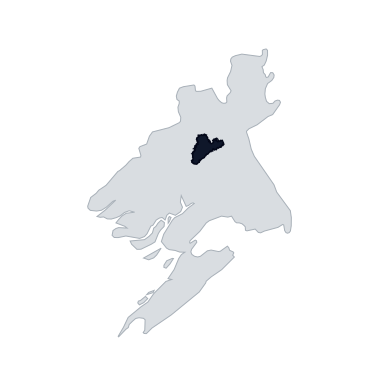 Sirajganj, Rajshahi, Bangladesh (highlighted), rotated 57°
{"feature_id": "16705992B55394931042500", "entity_name": "Sirajganj", "entity_type": "district", "adm_level": 2, "iso_a3": "BGD", "parent_name": "Bangladesh", "parent_adm1": "Rajshahi", "projection": "natural_earth1", "projection_center": [89.578, 24.399], "detail": "fine", "context": "in_parent", "style": "filled", "palette": "ink", "viewbox_px": 384, "rotation_deg": 57, "n_neighbors": 0, "source": "geoboundaries", "source_scale": "gbopen_adm2", "svg_char_len": 8845}
<svg xmlns="http://www.w3.org/2000/svg" viewBox="0 0 384 384"><g transform="rotate(57 192 192)"><path d="M139.7,269.2L139.6,260.4L134.4,243.0L134.6,241.1L133.5,232.8L132.2,228.1L131.5,223.2L134.7,216.1L133.4,214.9L126.4,212.8L125.6,210.9L127.1,203.9L122.0,197.3L120.1,192.4L125.5,176.4L126.9,165.3L126.5,163.2L123.2,160.7L117.3,159.7L113.2,157.6L110.8,154.5L108.8,153.2L106.2,154.2L103.0,152.9L100.3,149.8L98.1,146.0L99.0,141.9L103.3,132.1L104.8,131.8L108.5,133.7L109.9,133.7L112.3,129.8L115.7,118.8L127.5,119.7L130.3,119.4L133.3,118.5L134.9,117.1L135.8,115.3L135.5,113.8L131.9,111.7L130.5,110.2L129.5,105.8L128.4,104.1L121.3,103.9L117.6,101.8L115.6,100.0L112.0,94.0L107.6,89.5L103.3,88.5L101.6,87.0L100.8,84.8L101.3,81.4L103.5,75.1L115.2,61.4L115.5,59.8L115.1,58.1L111.6,55.9L111.4,54.8L112.4,51.9L114.3,51.5L118.4,54.1L122.5,58.4L124.9,62.2L125.0,65.1L128.2,65.7L130.8,67.1L133.6,66.7L135.4,67.4L136.6,67.1L137.0,65.4L134.7,61.1L135.9,59.3L138.6,59.4L140.5,61.0L141.9,64.3L142.2,69.5L145.3,74.2L149.5,77.5L152.7,79.0L156.6,80.1L160.0,79.1L161.7,75.8L160.9,72.9L161.5,70.3L162.8,68.8L164.9,68.9L166.5,71.0L171.0,82.2L170.1,87.1L171.1,100.7L170.0,109.7L170.7,113.1L171.5,113.7L178.4,115.4L188.4,119.0L196.0,120.3L230.6,119.3L238.2,121.0L261.2,119.7L267.5,122.6L274.4,127.2L278.3,130.7L279.0,132.6L278.6,134.3L277.3,135.3L274.9,135.3L269.5,133.0L268.6,133.7L268.5,139.1L264.2,152.5L263.6,156.7L262.0,158.4L257.5,159.2L254.5,167.1L253.2,168.0L250.2,166.3L248.4,166.6L246.0,167.3L243.7,169.1L242.1,171.4L240.3,172.1L233.8,172.0L232.6,175.6L228.3,180.4L225.5,193.1L225.7,196.9L229.3,207.0L231.8,220.1L232.8,221.4L234.0,221.5L234.1,215.5L235.3,214.8L236.8,215.4L239.8,223.5L241.6,225.6L244.3,226.1L247.3,224.9L249.6,222.6L250.5,220.0L249.7,211.2L251.1,207.6L256.3,202.3L257.1,200.6L256.7,191.8L258.7,191.5L261.4,192.2L264.7,190.1L265.8,190.1L267.2,192.3L269.6,191.9L273.3,209.4L273.6,221.8L274.5,228.6L275.8,230.2L279.8,240.4L283.8,276.6L284.3,299.6L285.9,307.4L284.6,309.2L283.3,309.5L282.1,306.8L273.6,300.9L271.5,301.5L268.6,304.9L267.4,308.1L268.0,312.5L268.9,316.8L271.0,319.3L271.1,322.1L273.5,332.4L272.8,332.5L268.1,323.1L262.4,313.8L260.5,297.2L260.3,289.0L256.4,279.4L252.8,262.6L254.3,256.7L251.6,259.3L247.3,249.2L240.6,239.4L238.7,235.0L238.6,230.8L235.7,235.0L231.8,238.0L227.9,242.5L225.2,243.9L216.9,244.7L212.0,238.7L205.0,223.9L204.1,220.6L205.0,211.9L203.3,203.7L202.9,196.4L201.6,197.1L201.1,199.1L201.4,202.1L200.9,204.7L189.2,203.0L194.2,207.3L199.6,208.3L202.3,212.2L202.5,218.6L197.3,222.5L197.8,225.8L200.8,229.8L197.1,230.9L196.1,233.5L196.0,237.2L198.6,242.9L198.2,245.1L202.6,252.6L203.5,256.1L202.4,261.2L192.9,271.4L190.1,278.6L187.8,282.0L184.8,282.6L181.3,279.2L181.2,275.7L181.9,272.9L186.9,266.1L184.2,267.0L176.5,272.6L175.0,268.1L174.0,263.9L174.0,258.8L177.7,251.1L173.5,254.9L172.4,259.7L172.9,265.3L172.3,269.3L170.7,274.5L168.4,277.7L164.8,279.7L163.2,282.8L160.8,285.0L159.9,274.5L157.3,260.4L156.7,263.4L158.1,272.2L158.0,277.9L156.0,282.4L152.0,287.3L148.9,288.0L147.1,287.2L141.4,279.9L140.9,273.0L139.7,269.2ZM210.1,269.4L203.0,271.1L199.4,270.6L206.1,257.8L205.8,252.1L204.8,247.5L201.4,243.7L201.2,241.1L199.6,237.4L198.8,233.2L202.6,231.8L205.7,234.2L206.8,239.1L208.4,242.7L213.7,250.2L213.6,254.8L212.2,266.0L210.1,269.4ZM225.3,265.2L221.0,268.6L222.3,248.5L225.6,256.0L226.4,260.0L225.3,265.2ZM241.8,255.2L239.9,256.6L238.1,255.4L235.9,250.6L237.0,244.6L237.7,243.8L240.4,249.9L241.8,255.2ZM258.0,297.6L255.5,297.9L254.3,296.4L254.9,294.4L254.2,287.9L257.3,287.2L258.5,292.7L258.0,297.6ZM255.2,279.4L253.4,285.9L252.6,283.0L253.9,277.3L255.2,279.4ZM204.4,227.0L205.2,229.0L201.2,226.4L200.2,224.4L201.9,223.4L204.4,227.0Z" fill="#d9dde1" stroke="#a8b0b8" stroke-width="1"/><path d="M151.4,149.4L151.5,149.4L151.4,149.6L151.3,150.0L151.2,150.3L151.1,150.6L150.9,150.7L150.9,150.8L150.7,150.8L150.8,151.1L150.6,151.1L150.7,151.3L150.5,151.6L150.3,151.6L150.3,151.8L150.2,151.8L150.1,152.0L150.1,152.3L149.9,152.3L149.6,152.7L149.6,152.8L149.4,152.9L149.3,153.1L149.2,153.0L149.1,153.4L149.3,153.6L149.2,153.7L149.2,153.8L149.1,154.4L148.9,154.4L148.9,154.7L148.7,154.9L148.4,155.1L148.2,155.1L148.1,155.4L148.0,155.5L147.9,155.3L147.9,155.5L147.7,155.8L147.9,156.0L148.2,156.0L148.5,155.8L148.8,155.8L149.0,156.1L149.3,156.1L149.3,156.5L149.2,157.0L149.4,157.1L149.3,157.5L149.3,157.8L149.2,158.1L149.4,158.3L149.4,158.5L149.6,158.8L149.9,158.7L150.1,159.1L150.3,159.2L150.4,159.5L150.7,159.4L150.7,159.5L151.2,159.5L151.3,159.6L151.4,159.4L151.7,159.6L152.0,159.6L152.3,159.4L152.5,159.4L152.8,159.6L153.0,159.6L153.0,159.9L152.9,160.1L153.0,160.1L153.3,160.0L153.6,160.3L153.8,160.1L153.9,160.4L153.9,160.5L153.9,160.8L154.1,160.9L154.1,161.0L154.3,160.8L154.7,160.9L154.6,161.1L154.8,161.1L154.7,161.2L154.7,161.4L154.9,161.4L154.9,161.6L154.8,161.8L154.7,161.8L154.8,162.1L154.6,162.2L154.6,162.3L154.8,162.4L154.7,162.8L154.9,162.9L154.9,163.3L155.0,163.3L155.1,163.6L154.9,164.0L154.9,164.4L155.1,164.5L155.2,164.3L155.5,164.3L155.5,164.1L155.6,163.9L155.9,163.8L155.9,163.5L156.1,163.8L156.4,163.8L156.3,164.0L156.5,164.4L156.4,164.4L156.3,164.9L156.2,165.0L155.8,165.2L155.8,165.3L156.1,165.5L156.2,165.3L156.7,165.4L156.8,165.3L156.8,165.2L157.1,165.4L157.1,165.7L156.9,165.9L156.7,165.8L156.5,165.6L156.4,165.6L156.5,166.1L156.6,166.5L156.7,166.4L156.7,166.6L156.7,166.8L156.8,166.7L157.0,166.7L157.4,166.7L157.5,166.3L157.4,166.1L157.5,166.0L158.0,166.0L158.3,166.6L158.5,166.7L158.4,166.8L158.6,167.0L158.8,166.9L158.9,167.0L159.0,167.3L158.8,167.4L158.7,167.4L158.6,167.5L158.7,167.9L158.9,168.0L159.2,168.0L159.4,168.2L159.4,168.4L159.3,168.5L159.1,168.3L158.9,168.4L158.9,168.5L159.2,168.8L159.1,169.0L158.9,169.1L159.0,169.3L159.2,169.7L159.2,169.9L159.3,170.0L159.5,170.3L159.8,170.2L159.8,170.5L160.0,170.3L160.3,170.4L160.6,170.6L160.5,170.9L160.2,170.8L160.2,171.0L160.4,171.1L160.6,171.2L160.8,171.1L161.0,171.2L161.3,171.3L161.6,171.3L161.8,171.6L162.2,171.8L162.4,171.9L162.6,171.9L163.2,172.5L163.5,172.3L164.5,172.9L165.1,173.5L165.3,173.6L165.5,173.7L165.3,173.9L165.4,174.6L165.4,174.9L165.8,174.7L166.0,174.7L166.2,174.8L166.1,175.0L166.2,175.4L166.3,175.4L166.5,175.6L166.9,175.9L167.1,175.9L167.7,175.5L168.1,175.4L168.5,175.5L169.1,175.2L169.6,174.8L169.5,174.6L169.9,174.5L170.2,174.0L170.8,173.5L171.1,173.0L171.2,172.4L171.1,172.1L170.8,171.2L170.8,170.2L171.0,169.8L170.4,169.3L170.3,168.8L169.7,168.9L169.3,168.5L169.6,168.2L170.1,168.2L169.6,166.3L169.5,165.1L169.5,164.5L169.8,163.7L169.7,162.7L169.1,161.9L169.0,161.5L169.0,160.8L169.0,160.5L168.7,160.0L168.4,159.8L168.2,159.4L168.2,159.0L168.8,158.3L168.7,157.8L168.0,155.6L168.0,155.1L168.3,154.4L167.8,154.4L167.9,154.1L167.8,153.7L168.1,153.6L168.4,153.1L168.1,153.2L168.4,152.3L168.3,151.9L168.1,152.0L168.1,151.8L167.5,151.4L167.7,151.1L168.0,151.3L168.1,150.8L167.9,150.7L168.1,150.6L168.0,150.4L168.5,150.4L168.9,150.3L168.8,149.5L169.0,149.1L169.6,148.8L169.7,148.6L169.5,148.4L169.4,147.8L169.0,147.4L168.9,147.1L168.7,146.7L168.7,146.3L169.5,146.1L169.5,145.4L169.6,144.4L169.5,144.0L169.8,143.9L170.1,143.5L170.0,143.2L169.7,143.2L169.9,143.0L169.7,142.9L169.6,142.7L169.8,142.6L169.8,142.4L169.7,142.3L169.4,142.1L169.2,141.8L169.1,141.7L169.0,141.3L169.3,141.3L169.5,141.4L169.5,141.2L169.8,140.8L169.7,140.6L169.2,140.4L169.4,140.3L169.5,140.0L169.4,139.5L169.2,139.2L168.4,139.3L167.8,138.9L167.7,139.0L167.5,139.6L167.5,139.3L167.4,139.1L167.2,139.1L167.0,138.9L166.6,138.7L165.9,138.6L165.3,138.5L165.0,138.6L165.1,139.2L165.0,139.6L164.6,139.9L164.7,140.2L164.3,140.2L164.5,141.2L164.2,141.3L163.9,141.7L163.5,141.7L163.8,142.0L163.9,142.5L163.7,142.4L163.5,142.8L163.0,143.2L162.7,143.1L162.5,143.3L162.5,143.1L162.3,143.2L162.2,142.9L161.9,142.7L161.8,142.4L161.7,142.4L161.0,142.6L160.8,142.8L160.7,142.8L160.6,142.6L160.6,142.0L160.2,142.3L160.2,142.6L160.3,142.9L160.5,142.9L160.5,143.1L160.3,143.3L160.3,143.5L160.1,143.5L160.0,143.8L160.2,144.1L159.8,144.8L160.3,144.9L160.5,144.8L160.3,145.1L160.2,145.4L160.4,146.1L160.2,146.3L160.0,146.2L160.0,146.5L160.3,146.6L160.8,146.4L161.1,146.5L161.3,146.4L161.5,146.7L161.6,146.9L161.9,146.8L162.1,147.1L162.1,147.5L162.2,148.2L162.2,148.5L162.2,148.9L162.1,149.2L161.8,149.4L161.7,149.6L161.3,149.7L161.2,149.8L160.7,150.0L160.6,149.9L160.6,149.7L160.2,149.6L160.1,149.9L159.9,149.9L159.9,149.7L159.5,149.6L159.3,149.2L159.2,149.2L159.1,149.3L159.1,149.6L159.1,149.8L159.3,150.0L159.0,150.1L158.8,150.5L158.7,150.4L158.9,150.1L158.9,149.7L158.3,149.5L158.1,149.5L157.9,149.7L157.5,149.6L157.4,149.5L156.9,149.7L156.9,150.1L156.7,150.1L156.3,150.2L156.2,150.1L155.2,149.8L155.2,149.6L154.9,149.3L154.3,149.3L154.3,149.6L154.0,149.7L153.7,149.7L153.3,149.5L153.2,149.6L152.8,149.6L152.6,149.4L152.4,149.5L152.3,149.4L152.2,149.5L152.0,149.4L151.7,149.4L151.7,149.2L151.4,149.4Z" fill="#0f172a" stroke="#020617" stroke-width="1.5"/></g></svg>